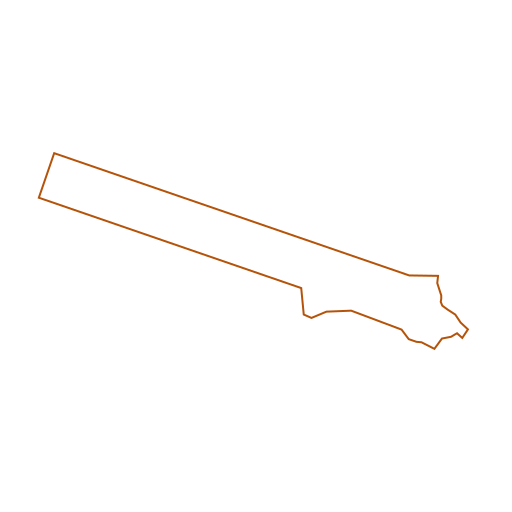 an SVG outline of Mayuge, rotated 109°
{"feature_id": "UGA-3120", "entity_name": "Mayuge", "entity_type": "District", "adm_level": 1, "iso_a3": "UGA", "parent_name": "Uganda", "parent_adm1": "", "projection": "equal_earth", "projection_center": [33.58, -0.276], "detail": "fine", "context": "isolated", "style": "outline", "palette": "amber", "viewbox_px": 512, "rotation_deg": 109, "n_neighbors": 0, "source": "natural_earth", "source_scale": "10m", "svg_char_len": 518}
<svg xmlns="http://www.w3.org/2000/svg" viewBox="0 0 512 512"><g transform="rotate(109 256 256)"><path d="M271.6,480.3L231.3,480.3L224.5,480.3L224.5,104.8L215.5,77.4L222.6,75.8L233.0,68.0L236.2,66.9L239.2,66.4L242.3,63.7L244.3,57.3L246.5,48.5L252.3,40.9L256.4,31.7L266.3,34.3L263.6,40.8L268.9,45.3L273.5,53.3L285.7,57.1L283.7,71.5L284.9,76.3L284.9,78.3L284.9,84.5L278.2,94.4L276.7,148.2L285.7,171.3L296.5,183.4L295.8,191.8L271.6,202.8L271.6,480.3L271.6,480.3Z" fill="none" stroke="#b45309" stroke-width="2"/></g></svg>